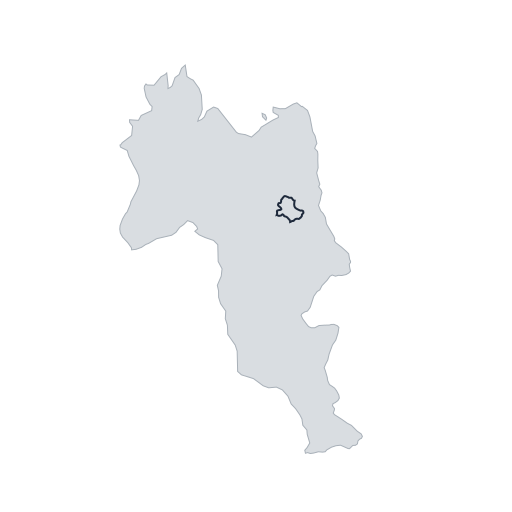 Jonchon, Chagang-do, North Korea shown in context, rotated 116°
{"feature_id": "82179303B33919717050875", "entity_name": "Jonchon", "entity_type": "district", "adm_level": 2, "iso_a3": "PRK", "parent_name": "North Korea", "parent_adm1": "Chagang-do", "projection": "albers", "projection_center": [126.339, 40.546], "detail": "fine", "context": "in_parent", "style": "outline", "palette": "slate", "viewbox_px": 512, "rotation_deg": 116, "n_neighbors": 0, "source": "geoboundaries", "source_scale": "gbopen_adm2", "svg_char_len": 4416}
<svg xmlns="http://www.w3.org/2000/svg" viewBox="0 0 512 512"><g transform="rotate(116 256 256)"><path d="M305.0,370.5L303.2,371.6L300.2,377.1L297.5,384.2L294.8,388.0L291.6,390.2L288.2,391.5L281.3,392.2L275.1,391.8L273.0,391.1L264.5,391.6L262.1,392.2L249.8,391.8L243.4,392.4L239.3,393.8L235.2,396.7L231.6,401.0L228.5,405.5L222.1,413.9L217.6,418.0L217.6,423.8L217.5,425.6L215.9,426.9L215.3,426.3L212.7,425.9L202.2,420.6L193.5,423.8L191.3,428.1L189.0,429.4L185.6,421.1L180.0,420.8L171.1,413.5L167.2,414.9L166.2,417.8L161.3,424.5L154.3,430.0L152.1,430.7L149.6,430.3L150.0,428.8L147.2,422.5L136.4,419.9L132.6,417.2L130.6,416.5L141.3,409.7L144.1,408.5L142.0,406.9L139.8,406.0L131.1,407.0L126.6,404.6L120.0,405.2L115.4,403.3L125.0,396.7L125.5,392.6L125.5,389.6L130.4,380.6L135.3,375.6L147.8,368.6L153.2,367.7L157.1,368.0L160.4,367.4L157.0,364.7L153.7,363.4L147.3,363.6L140.7,359.4L140.2,355.0L153.4,327.8L153.6,325.4L151.6,318.7L151.1,312.2L141.9,308.3L137.9,307.8L126.3,300.3L121.7,296.6L119.8,297.6L119.4,303.5L117.7,304.7L114.6,305.8L113.2,299.1L110.7,294.2L103.1,289.1L100.4,286.4L101.8,280.5L101.2,280.0L102.6,273.5L107.4,268.5L119.2,259.7L122.2,255.5L128.2,250.6L130.8,250.8L133.6,250.4L134.4,248.2L135.1,246.5L137.4,245.0L143.1,242.3L149.6,238.8L154.7,237.9L161.0,232.5L163.5,230.1L166.1,230.1L166.8,229.0L168.3,226.2L170.3,224.4L173.0,224.1L177.5,222.8L183.2,222.0L187.1,217.5L188.4,214.2L190.9,210.6L196.3,206.7L200.1,201.0L204.2,194.7L206.1,192.7L208.0,192.3L209.2,189.9L210.5,183.2L212.3,176.8L213.4,173.7L218.1,170.3L219.3,168.7L220.4,168.2L222.5,168.6L225.5,166.6L228.2,164.4L230.7,165.2L233.3,167.0L236.0,170.5L237.2,173.4L239.3,175.7L239.7,179.2L241.9,180.7L246.4,181.4L253.7,183.7L258.5,183.8L261.2,185.5L266.9,186.4L278.3,184.8L282.9,185.6L284.9,187.7L287.8,189.4L289.7,189.4L292.1,186.4L294.7,181.5L296.4,177.8L296.3,174.9L294.7,171.7L290.9,168.9L288.3,164.4L285.9,159.8L284.5,158.3L283.3,156.0L283.0,152.5L283.8,150.2L289.4,148.5L296.6,147.4L302.4,148.3L312.1,147.3L318.0,145.9L322.5,146.0L326.5,145.8L328.3,143.8L333.8,138.8L336.5,137.0L339.4,133.6L339.8,130.2L340.3,127.4L341.9,124.4L344.7,120.6L347.2,118.8L350.0,119.0L353.0,120.5L355.0,122.1L357.1,121.6L358.7,118.6L359.9,118.1L363.3,117.7L364.2,115.9L365.2,107.4L366.3,100.7L366.4,96.0L369.1,88.2L369.8,83.5L371.5,81.3L373.6,81.3L375.3,82.6L377.6,83.3L380.4,82.5L382.5,83.6L383.9,86.0L388.2,87.5L388.7,88.8L389.0,97.1L391.5,101.0L394.8,104.4L399.3,107.4L401.6,108.0L403.1,110.2L404.6,114.1L407.9,117.9L409.7,120.6L410.1,123.5L411.6,125.1L409.2,127.0L405.9,126.1L400.5,125.7L393.8,131.8L390.1,134.0L387.6,139.7L382.3,143.3L379.5,147.0L375.9,153.4L373.6,159.5L368.0,165.8L364.8,173.6L364.9,180.2L368.9,186.8L369.5,192.6L367.3,204.5L369.2,217.0L367.8,221.9L349.8,231.2L345.2,235.6L338.8,247.0L330.7,251.4L325.8,256.1L318.8,259.0L314.4,266.9L309.5,271.5L303.7,274.4L299.3,277.9L289.4,278.4L282.4,280.9L277.5,287.6L262.6,295.3L260.6,301.0L261.7,309.7L261.9,316.3L260.6,321.8L257.3,320.3L255.5,322.2L253.6,327.3L254.2,333.0L259.5,334.8L263.8,337.2L269.8,338.3L274.3,340.9L284.0,352.9L291.8,358.1L293.9,360.1L298.4,362.7L302.6,366.8L305.0,370.5ZM128.0,311.2L125.1,313.1L125.0,309.7L127.3,306.9L129.6,306.6L128.0,311.2Z" fill="#d9dde1" stroke="#a8b0b8" stroke-width="1"/><path d="M203.5,233.4L202.7,233.2L202.0,232.7L200.8,232.5L200.3,232.3L199.5,232.5L198.6,232.9L197.5,232.5L196.4,232.3L195.1,233.2L194.9,234.1L195.1,235.0L195.7,235.9L195.8,237.3L195.8,239.1L195.7,240.7L195.3,242.2L194.3,243.4L192.9,244.3L191.1,245.0L189.4,245.5L189.6,245.9L189.3,247.3L188.9,248.1L188.3,249.1L188.2,249.3L188.1,249.7L188.6,250.7L188.9,251.3L189.2,252.0L189.0,253.1L189.2,254.5L189.2,255.4L189.6,256.5L190.3,257.0L191.3,257.2L192.2,257.5L193.1,257.5L194.0,257.9L194.8,257.9L195.8,257.4L196.6,257.2L197.5,257.2L198.1,257.9L198.6,258.8L199.2,258.8L199.9,258.8L200.7,258.4L201.2,257.4L201.5,255.9L201.9,254.7L202.7,253.8L203.7,254.1L204.2,254.8L205.0,255.9L205.9,256.8L206.6,256.8L207.7,256.1L208.7,255.6L210.0,255.4L209.8,255.2L210.0,254.5L210.0,253.4L209.5,252.3L208.4,251.1L207.6,250.9L206.9,250.4L207.0,249.3L207.6,248.6L207.8,247.7L207.6,247.0L207.5,246.3L207.6,244.8L208.0,243.9L208.3,243.2L208.5,242.5L209.0,241.4L209.4,241.1L209.9,240.5L210.5,240.2L210.3,240.0L209.8,239.6L209.5,239.5L209.0,239.1L208.6,238.8L208.3,238.0L207.7,237.5L206.7,237.3L205.7,236.8L204.9,236.1L204.3,235.0L204.0,233.9L203.5,233.4Z" fill="none" stroke="#1e293b" stroke-width="2"/></g></svg>